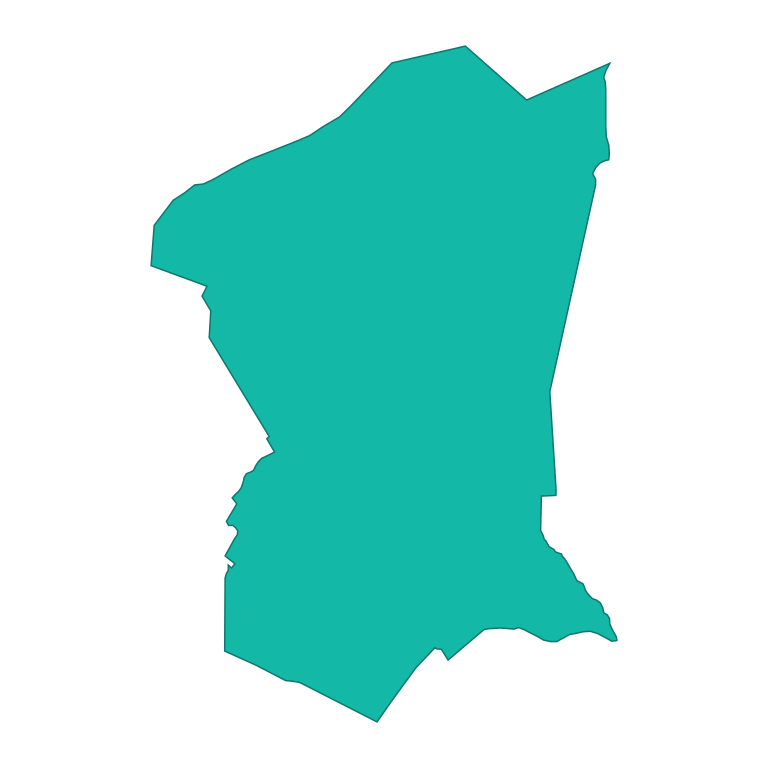 the district of Kluang, Johor, Malaysia
{"feature_id": "92858781B16858061295144", "entity_name": "Kluang", "entity_type": "district", "adm_level": 2, "iso_a3": "MYS", "parent_name": "Malaysia", "parent_adm1": "Johor", "projection": "robinson", "projection_center": [103.428, 2.052], "detail": "fine", "context": "isolated", "style": "filled", "palette": "teal", "viewbox_px": 768, "rotation_deg": 0, "n_neighbors": 0, "source": "geoboundaries", "source_scale": "gbopen_adm2", "svg_char_len": 1948}
<svg xmlns="http://www.w3.org/2000/svg" viewBox="0 0 768 768"><path d="M151.1,265.7L206.9,286.2L205.9,288.4L204.0,292.4L202.0,296.1L210.8,310.8L209.2,337.6L269.2,436.5L266.8,438.7L274.5,452.1L264.4,457.1L261.8,458.2L258.2,461.9L255.6,465.9L253.6,470.3L250.4,472.2L246.5,473.6L244.2,477.3L243.2,482.1L241.3,487.6L238.7,491.3L235.5,494.2L232.2,497.9L236.8,503.8L226.4,521.4L228.6,525.4L232.9,525.4L235.5,527.6L237.7,530.6L237.4,534.6L234.2,539.4L225.1,555.9L234.8,563.7L231.6,568.1L228.3,565.1L228.3,570.3L226.4,573.6L225.1,578.0L224.7,651.1L256.7,665.5L258.1,666.3L285.7,680.6L291.3,681.1L299.4,682.3L376.2,721.5L377.0,721.9L393.0,699.1L415.9,667.8L434.8,647.8L437.1,648.9L441.3,649.3L448.1,660.0L484.1,629.5L488.7,628.7L493.9,628.4L500.4,628.0L506.2,628.4L514.0,629.1L518.6,627.6L523.8,629.5L528.6,632.0L537.4,636.4L543.6,640.1L550.7,641.6L556.9,641.6L561.4,639.0L565.6,636.8L569.2,634.6L575.4,633.5L583.5,631.7L590.3,631.3L597.5,633.5L607.2,638.6L611.7,641.2L616.9,640.5L616.3,636.8L614.3,633.1L611.7,628.4L609.8,623.9L609.5,618.4L607.2,614.8L603.9,612.9L602.7,607.8L600.4,603.0L596.5,600.1L592.3,598.6L589.6,595.8L587.1,592.8L585.2,589.7L584.0,586.0L583.0,583.9L580.1,582.2L577.1,580.8L575.7,578.2L574.0,574.2L571.1,569.5L566.1,561.0L564.5,558.7L562.2,556.3L561.6,554.0L558.4,553.0L555.5,551.9L553.9,549.5L551.6,548.1L549.1,546.7L547.4,543.6L545.8,540.8L544.3,539.4L543.1,535.4L541.8,532.8L540.6,530.2L541.4,496.1L555.9,495.4L556.1,490.5L549.8,391.6L595.6,185.0L595.6,179.3L592.6,173.5L595.6,167.8L599.7,163.2L604.3,160.9L608.8,159.8L609.3,154.0L608.8,145.4L606.3,136.8L605.8,126.5L605.8,115.5L605.8,104.1L605.8,94.9L605.8,89.1L605.3,82.2L603.7,77.1L605.8,70.8L609.8,63.3L526.6,100.0L465.3,46.1L392.0,62.9L351.6,105.1L339.7,116.8L323.1,126.6L309.6,135.6L296.9,141.0L270.0,151.7L249.3,159.8L231.9,168.8L212.9,179.6L203.4,184.0L194.7,184.9L184.4,193.0L173.3,200.2L154.2,225.3L151.1,265.7Z" fill="#14b8a6" stroke="#0f766e" stroke-width="1.5"/></svg>